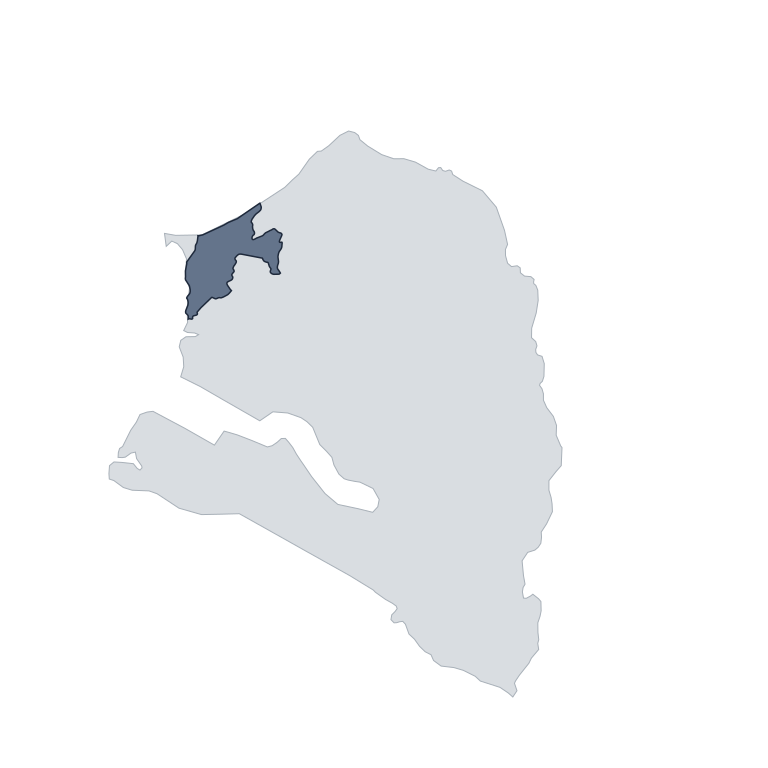 Senegal, with Thiès highlighted, rotated 29°
{"feature_id": "SEN-768", "entity_name": "Thiès", "entity_type": "Region", "adm_level": 1, "iso_a3": "SEN", "parent_name": "Senegal", "parent_adm1": "", "projection": "natural_earth1", "projection_center": [-16.596, 14.801], "detail": "fine", "context": "in_parent", "style": "filled", "palette": "slate", "viewbox_px": 768, "rotation_deg": 29, "n_neighbors": 0, "source": "natural_earth", "source_scale": "10m", "svg_char_len": 6328}
<svg xmlns="http://www.w3.org/2000/svg" viewBox="0 0 768 768"><g transform="rotate(29 384 384)"><path d="M570.5,353.3L578.6,369.5L576.9,377.3L575.1,388.6L579.7,396.9L585.1,402.2L589.0,407.2L593.2,414.0L594.0,427.5L593.3,437.3L596.1,441.7L598.4,447.3L598.0,452.0L596.5,456.1L591.3,461.6L590.5,471.7L598.9,484.0L604.4,490.7L604.3,494.5L605.8,498.7L609.8,503.6L612.3,502.5L614.9,498.5L616.1,495.7L623.3,496.9L626.7,498.2L631.4,506.2L633.1,511.6L634.3,518.3L639.1,526.7L643.3,532.6L644.2,536.3L648.0,541.2L645.8,552.3L646.1,558.0L643.6,572.9L643.0,579.9L643.2,582.5L649.0,587.8L648.4,595.3L642.6,594.0L632.5,593.1L612.3,597.1L605.4,595.4L592.1,596.0L582.7,598.1L570.7,603.0L561.4,601.8L556.4,598.0L549.8,598.2L542.3,596.2L534.3,592.4L527.1,590.6L519.2,583.7L515.5,582.5L513.0,584.3L510.8,586.6L508.6,588.0L504.3,586.7L502.7,582.1L504.0,577.6L504.4,574.1L502.4,572.3L497.6,571.7L489.9,571.7L477.4,570.3L474.6,569.4L446.7,568.2L417.8,568.1L393.3,568.0L362.4,567.8L340.6,567.7L320.3,567.6L304.7,576.8L287.7,586.7L264.9,592.0L238.7,590.0L230.3,591.4L221.6,595.8L215.2,599.0L206.2,600.9L194.5,599.4L189.8,600.3L186.9,595.8L183.5,588.5L185.6,583.1L192.7,579.7L203.4,575.2L209.1,577.5L212.3,577.6L213.0,574.7L211.9,573.2L203.8,569.2L199.6,564.1L196.2,567.1L193.2,573.4L190.7,575.3L187.0,577.1L184.9,572.8L184.0,568.6L185.7,565.4L184.9,547.2L185.9,537.4L185.4,529.0L190.4,523.4L195.2,519.9L214.0,519.6L231.4,519.3L248.2,519.5L265.3,519.7L267.0,502.7L272.4,501.4L280.6,499.6L295.7,497.5L312.5,495.6L316.1,492.2L318.9,486.6L320.6,481.5L324.1,479.4L328.8,481.1L335.0,483.8L341.4,487.8L348.7,491.6L353.6,494.0L365.4,500.0L385.5,508.4L402.0,511.7L421.9,505.6L436.3,501.7L438.1,494.4L435.8,487.3L425.1,480.7L410.5,481.5L406.0,483.2L399.2,485.4L395.1,486.2L388.3,484.7L379.5,479.1L374.0,473.4L366.3,470.7L357.2,468.1L342.6,456.4L334.9,454.3L327.7,453.7L313.9,456.0L300.3,462.2L293.2,476.4L279.7,476.2L250.9,475.8L224.5,475.3L202.7,476.3L200.5,466.0L195.3,457.8L186.9,450.8L185.1,444.3L187.9,438.7L196.0,434.0L197.9,430.7L193.6,431.2L187.2,434.2L182.9,434.4L182.4,425.4L175.3,413.8L167.3,394.2L158.2,386.1L150.6,370.3L142.7,364.2L135.3,361.4L129.1,361.9L126.8,369.2L119.0,358.7L129.7,355.0L152.4,341.9L178.5,304.5L201.9,260.1L205.0,249.7L207.8,241.7L209.7,223.6L213.0,212.8L216.2,210.7L220.2,202.4L224.9,187.9L230.4,179.9L236.4,178.3L241.1,179.0L244.5,182.0L254.3,183.8L270.7,184.5L283.3,182.3L292.2,177.3L303.9,174.7L318.5,174.7L326.1,172.6L326.8,168.4L328.7,167.2L331.8,168.8L334.6,168.2L337.3,165.2L339.9,165.0L342.6,167.5L354.8,168.3L376.4,167.3L396.5,174.9L414.9,191.2L424.4,202.0L425.0,207.5L428.1,212.9L433.6,218.5L438.6,219.5L443.2,216.0L446.8,216.4L449.4,220.6L454.6,221.5L460.4,218.9L464.6,219.8L465.4,222.3L466.3,223.6L469.1,224.2L473.0,227.4L478.3,236.1L482.7,248.1L486.1,263.6L490.6,272.0L496.1,273.3L499.3,276.5L499.9,280.2L501.5,282.7L504.2,284.1L508.8,283.2L514.3,288.5L520.2,299.8L521.2,304.9L520.3,307.7L520.6,309.7L524.5,311.6L528.2,315.3L531.3,320.9L537.8,325.8L547.8,330.2L555.0,336.6L559.4,345.3L568.6,352.5L570.5,353.3Z" fill="#d9dde1" stroke="#a8b0b8" stroke-width="1"/><path d="M149.4,344.5L150.2,344.1L153.2,341.4L166.8,322.8L169.5,318.2L175.5,310.6L187.5,286.5L187.8,286.0L188.2,286.3L190.8,288.7L191.2,289.4L191.6,290.6L191.7,291.1L191.7,291.8L191.2,293.7L189.7,297.2L189.1,299.6L188.7,303.8L188.9,305.7L189.4,306.8L190.1,307.0L191.1,307.6L191.6,307.9L191.9,308.3L192.2,308.8L192.7,310.1L193.8,311.7L194.1,312.0L194.4,312.3L195.1,312.9L196.5,313.6L197.0,314.0L197.6,314.8L197.8,315.3L197.9,315.9L197.9,316.3L197.8,316.7L197.6,317.1L197.4,317.4L197.3,317.9L197.4,319.5L197.8,320.4L198.2,320.9L198.6,321.2L199.1,321.3L199.5,321.2L199.9,320.9L200.2,320.6L201.3,319.1L201.7,318.3L205.6,313.6L206.1,312.8L206.4,311.8L206.6,310.7L207.1,309.2L208.5,307.2L209.0,306.5L210.0,304.9L210.9,303.8L211.6,302.5L211.8,302.1L212.2,301.8L212.6,301.5L213.1,301.4L213.7,301.4L217.8,302.5L218.8,302.4L220.1,302.1L220.6,302.0L221.4,302.1L221.9,302.4L222.3,302.7L222.4,303.2L222.6,303.7L223.0,308.5L223.3,309.8L223.6,310.4L224.0,310.6L224.4,310.5L224.8,310.3L225.5,309.7L226.0,309.5L226.3,309.7L226.6,310.1L227.4,312.0L227.6,312.4L227.9,313.0L228.3,314.1L228.5,315.4L228.3,318.0L228.2,318.4L228.2,319.3L228.3,320.1L228.5,321.1L229.3,323.6L229.8,324.5L232.3,327.9L232.7,328.7L232.9,329.3L233.1,329.8L233.4,331.6L233.6,332.3L233.9,333.1L234.4,334.1L234.9,334.6L235.3,335.0L235.8,335.2L237.7,336.1L239.6,337.2L239.2,338.5L238.5,339.1L234.4,341.5L233.4,341.8L232.3,341.9L231.5,341.8L231.0,341.6L230.5,341.4L230.2,341.1L229.9,340.6L229.8,340.2L229.7,339.6L229.6,339.0L229.5,338.5L229.2,338.0L228.6,337.7L227.2,337.0L226.8,336.8L223.9,334.1L223.5,334.0L223.2,334.0L222.9,334.1L222.5,334.3L221.8,334.5L220.6,334.7L219.8,334.7L219.2,334.6L218.4,334.2L217.4,333.6L217.2,333.3L217.0,333.1L216.6,332.9L195.9,339.7L194.3,340.7L193.5,342.1L193.0,343.7L192.6,346.0L192.7,346.4L192.9,346.7L193.4,347.2L193.7,347.5L194.5,347.7L194.9,347.9L195.3,348.2L195.5,348.6L195.7,349.1L195.8,349.7L195.7,352.3L195.5,353.3L195.5,353.9L195.6,355.1L195.7,355.7L195.9,356.2L196.2,356.5L197.1,356.9L197.4,357.2L197.8,357.5L198.1,357.8L198.3,358.2L198.3,358.7L198.3,359.1L198.0,360.2L197.9,361.0L197.8,361.9L198.0,362.4L198.2,362.7L198.6,363.0L199.4,363.4L199.8,363.7L200.1,364.1L200.3,364.6L200.4,365.1L200.5,365.8L200.3,366.6L199.8,367.6L198.6,369.2L198.0,370.1L197.6,370.8L197.6,371.4L197.7,371.9L197.9,372.4L198.2,372.7L199.2,373.5L203.5,375.7L205.3,376.3L204.7,379.4L204.1,381.4L203.6,382.3L201.4,385.7L200.0,387.4L199.2,387.9L198.3,388.2L197.9,388.4L197.2,389.1L196.4,390.2L196.1,390.6L195.7,390.9L195.3,391.2L194.8,391.3L192.0,391.5L191.6,391.6L191.3,391.8L186.9,406.0L185.7,411.8L186.0,412.2L186.3,412.6L186.7,412.9L186.9,413.3L186.9,413.9L186.5,414.7L184.3,416.8L184.1,417.3L184.1,418.1L184.3,418.6L184.6,419.0L184.9,419.5L184.8,420.0L184.4,420.5L181.9,421.4L181.3,422.2L180.4,420.3L179.7,419.3L178.5,418.7L176.3,418.1L175.5,417.2L175.0,415.7L174.3,410.3L173.7,408.6L173.0,407.3L171.4,405.5L170.7,405.0L170.1,404.8L169.7,404.4L169.6,403.1L169.7,402.1L170.1,400.1L170.2,398.9L169.8,397.3L168.8,395.5L166.1,392.4L159.9,389.1L159.0,387.9L158.5,386.6L155.5,381.4L153.2,374.5L152.3,373.0L153.9,359.2L153.8,358.3L153.5,357.4L152.2,354.8L151.9,353.9L151.9,351.5L151.8,350.9L151.3,349.1L149.5,344.6L149.4,344.5Z" fill="#64748b" stroke="#1e293b" stroke-width="1.5"/></g></svg>